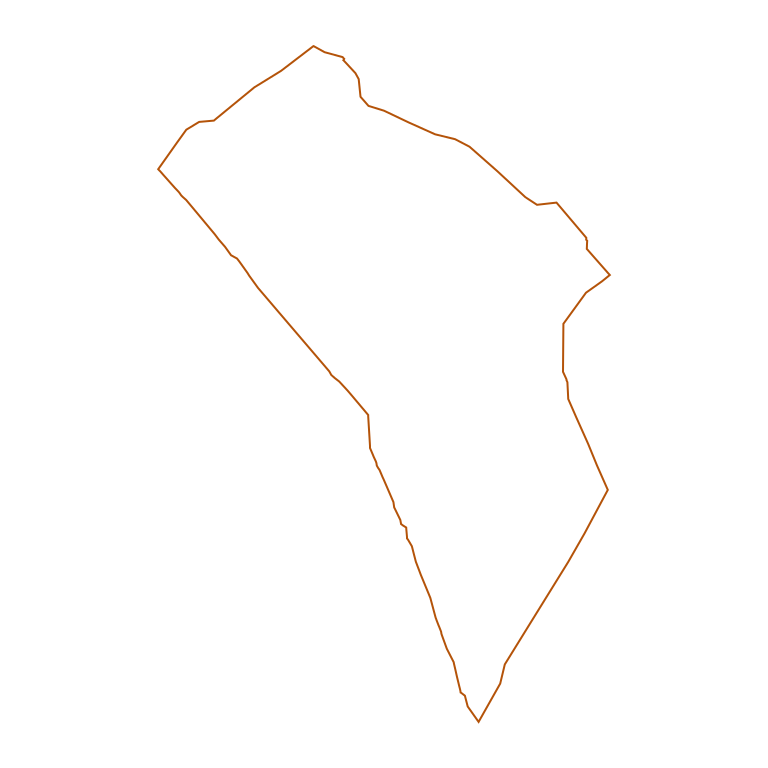 the district of Al Buram, South Kordufan, Sudan
{"feature_id": "16777658B98120028392417", "entity_name": "Al Buram", "entity_type": "district", "adm_level": 2, "iso_a3": "SDN", "parent_name": "Sudan", "parent_adm1": "South Kordufan", "projection": "equal_earth", "projection_center": [29.873, 10.592], "detail": "fine", "context": "isolated", "style": "outline", "palette": "amber", "viewbox_px": 768, "rotation_deg": 0, "n_neighbors": 0, "source": "geoboundaries", "source_scale": "gbopen_adm2", "svg_char_len": 2054}
<svg xmlns="http://www.w3.org/2000/svg" viewBox="0 0 768 768"><path d="M609.8,275.0L607.9,272.9L586.8,248.9L586.9,246.9L587.0,243.9L587.2,240.8L586.2,239.7L586.3,237.8L579.7,230.0L556.5,202.6L537.0,204.8L525.4,197.2L497.0,170.9L469.5,146.7L455.1,139.2L435.1,134.3L408.8,122.5L384.0,110.7L368.5,105.9L361.4,97.8L361.1,97.5L360.5,96.7L358.7,79.1L355.4,73.1L343.9,60.7L343.7,60.4L343.4,60.2L344.2,58.9L343.6,58.3L343.4,58.0L342.6,57.1L324.6,52.2L313.6,46.1L313.3,46.2L281.0,70.9L254.4,87.3L216.5,118.4L213.9,120.6L199.2,121.9L198.0,122.6L186.3,129.7L176.8,142.9L158.2,169.2L158.8,169.9L160.2,171.3L163.7,175.3L174.8,187.8L177.1,190.2L178.6,191.8L179.5,192.9L181.2,195.4L182.8,197.0L186.2,200.0L214.8,234.3L218.7,239.5L225.1,246.9L231.1,255.3L232.5,256.0L233.5,256.6L237.0,258.5L239.4,261.6L247.6,273.1L247.9,273.6L249.2,275.7L258.0,287.9L260.4,290.7L277.8,311.1L329.3,371.4L331.3,375.0L334.7,378.0L339.2,381.5L347.6,390.6L351.1,394.7L368.2,415.0L368.2,416.1L368.2,416.4L370.0,445.9L370.0,448.0L370.6,449.4L373.1,455.3L373.6,456.6L375.8,461.3L376.3,462.7L376.4,463.1L376.5,463.6L376.8,465.6L377.2,466.3L378.1,467.9L379.5,469.9L379.9,470.8L382.6,477.2L383.5,479.1L385.2,483.0L386.2,485.3L393.0,501.1L393.4,502.0L393.5,502.6L394.2,507.5L394.7,508.4L400.3,519.9L400.5,520.9L401.1,524.1L401.4,524.3L402.1,524.8L403.0,525.5L406.2,527.5L406.3,529.1L407.0,537.0L407.0,538.4L407.6,539.2L407.9,539.5L411.8,546.1L412.2,547.5L414.0,554.6L415.9,561.9L416.3,562.9L419.6,571.6L420.8,574.8L423.7,581.8L430.3,597.8L430.6,598.9L435.7,617.9L436.1,618.8L436.3,619.5L438.6,625.5L439.1,626.6L441.1,631.7L441.2,632.3L441.4,633.7L441.9,635.2L446.8,648.7L453.7,662.2L453.9,663.4L455.4,669.8L456.9,676.5L459.3,686.4L459.8,688.3L460.4,690.9L460.6,692.5L461.0,692.7L464.9,695.7L467.7,706.5L478.6,721.9L500.2,683.6L504.8,664.4L531.2,621.7L568.3,561.8L584.6,533.3L607.8,489.9L597.0,465.5L588.2,444.0L576.2,417.2L568.2,398.9L568.2,398.1L567.4,382.2L566.5,380.2L566.5,379.4L563.0,371.8L563.4,323.8L586.0,292.7L601.9,281.4L609.8,275.0Z" fill="none" stroke="#b45309" stroke-width="2"/></svg>